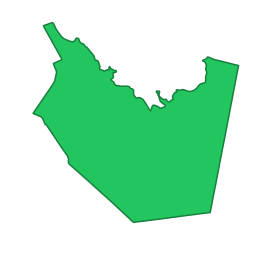 the border of Karakalpakstan, rotated 189°
{"feature_id": "UZB-356", "entity_name": "Karakalpakstan", "entity_type": "Automonous Region", "adm_level": 1, "iso_a3": "UZB", "parent_name": "Uzbekistan", "parent_adm1": "", "projection": "orthographic", "projection_center": [58.854, 43.272], "detail": "fine", "context": "isolated", "style": "filled", "palette": "green", "viewbox_px": 256, "rotation_deg": 189, "n_neighbors": 0, "source": "natural_earth", "source_scale": "10m", "svg_char_len": 4044}
<svg xmlns="http://www.w3.org/2000/svg" viewBox="0 0 256 256"><g transform="rotate(189 128 128)"><path d="M122.3,45.4L124.2,46.7L129.1,50.0L134.5,53.6L140.2,57.3L146.1,61.1L151.9,64.9L157.6,68.6L162.9,72.0L167.9,75.2L172.1,77.9L175.7,80.1L178.3,81.8L180.1,82.9L180.9,83.8L181.4,84.8L181.7,85.8L181.9,87.9L182.2,88.9L184.0,91.6L187.5,95.1L189.1,96.8L190.8,98.5L192.9,100.8L194.7,102.7L196.4,104.6L198.2,106.5L199.9,108.4L201.6,110.3L203.4,112.1L205.1,114.0L206.8,115.8L209.1,118.3L209.7,118.5L210.3,118.8L210.4,118.7L213.8,124.0L215.3,125.4L223.4,127.3L223.9,127.5L223.9,127.9L223.7,128.4L216.3,144.0L209.2,159.1L207.7,163.1L207.3,171.5L207.3,172.0L207.4,172.4L211.1,178.7L211.7,179.9L211.6,180.1L211.2,180.5L204.9,184.5L204.2,185.0L204.3,185.6L204.5,186.1L218.2,203.6L227.4,215.4L227.4,215.9L220.6,219.6L219.0,220.2L218.6,220.0L218.1,219.8L218.0,219.7L214.1,214.0L208.7,208.4L206.9,207.1L205.4,206.3L203.9,205.7L198.1,204.5L196.4,204.5L195.8,204.7L195.3,205.0L194.8,205.4L194.3,206.0L193.2,208.3L192.7,208.8L191.9,208.9L191.2,208.6L190.5,208.3L190.1,207.1L189.7,206.5L188.0,204.7L187.4,204.4L185.6,204.1L184.9,203.9L184.0,203.0L182.9,201.8L182.5,201.6L182.1,201.4L181.3,201.3L174.0,194.9L172.9,193.8L172.1,192.4L171.6,190.9L171.2,190.2L170.7,189.9L169.3,189.9L168.6,189.8L168.1,189.4L167.7,188.9L166.8,187.4L166.4,186.3L165.6,185.1L165.3,184.5L165.3,182.6L165.2,181.8L164.8,181.4L163.3,181.3L161.7,180.9L161.4,180.8L160.7,180.3L160.3,180.4L160.1,180.5L159.5,181.0L158.0,182.1L157.4,182.4L156.5,182.4L156.1,182.5L155.9,182.7L155.8,182.9L155.8,183.1L155.9,183.3L156.2,183.9L156.3,184.4L156.0,185.3L155.6,185.7L154.9,184.7L154.0,183.9L150.8,182.7L149.2,182.8L148.8,182.6L148.4,182.1L148.5,181.5L148.8,181.1L149.4,180.9L151.2,180.2L151.1,178.6L150.4,176.6L150.7,174.7L151.2,174.4L151.8,174.1L152.3,173.7L152.4,173.0L152.0,172.5L151.3,172.1L150.0,171.6L148.9,170.6L148.0,169.3L147.1,168.3L145.7,168.2L144.4,168.3L141.7,168.1L135.4,169.2L133.8,169.1L133.1,168.9L131.8,167.6L131.1,167.3L129.6,167.2L128.7,166.7L128.3,166.0L128.0,162.9L127.7,162.1L127.2,161.4L125.3,159.4L124.6,159.0L123.8,159.0L123.0,159.5L122.1,159.7L121.2,159.8L119.9,159.5L117.8,158.6L115.8,156.7L109.3,149.1L108.6,148.6L108.0,149.6L107.6,153.0L107.0,154.2L105.7,154.6L104.2,154.5L102.7,154.1L99.4,152.8L98.7,152.7L98.1,152.9L96.5,153.9L95.4,154.3L94.9,154.8L94.6,155.4L94.7,156.1L95.3,156.6L99.0,158.5L100.1,159.3L101.0,160.7L101.8,162.6L104.0,166.3L105.2,167.7L105.6,168.0L105.7,168.4L105.6,168.7L105.2,169.0L103.3,169.3L102.8,169.1L102.4,168.6L102.4,167.9L102.6,167.2L102.7,166.5L102.4,165.0L101.7,164.0L100.6,163.2L97.7,161.8L97.0,161.7L96.5,161.8L95.4,162.2L94.9,162.3L94.4,162.0L93.7,160.9L93.3,160.5L92.7,160.3L92.0,160.3L91.4,160.4L90.8,160.6L90.5,161.1L90.2,161.5L89.4,162.4L88.6,162.8L88.1,163.2L88.3,164.3L88.9,165.7L88.9,166.3L88.7,167.2L87.4,170.1L87.0,170.5L85.8,170.9L85.6,171.4L85.8,172.1L86.2,172.5L86.2,172.9L85.6,173.4L85.0,173.5L82.9,173.4L82.3,173.5L80.7,174.3L79.3,174.6L75.0,173.8L72.1,173.8L69.2,175.2L66.7,177.5L65.0,180.6L63.9,182.3L62.6,183.2L59.6,184.5L58.8,185.7L58.7,187.3L59.3,190.5L59.2,192.0L58.9,193.3L58.9,194.6L59.4,196.1L60.0,197.2L60.4,198.3L60.5,199.5L60.4,200.9L60.5,202.0L60.9,203.2L61.5,204.2L62.1,205.0L62.6,205.3L63.0,205.5L64.5,205.9L64.8,206.1L64.7,206.4L64.4,206.8L63.7,207.3L62.3,207.9L61.6,208.6L60.7,210.3L60.1,210.7L56.3,209.8L53.4,209.1L46.6,208.6L45.5,208.5L39.2,207.9L33.5,207.4L28.6,207.0L28.9,197.7L29.2,188.3L29.5,179.0L29.8,169.6L30.1,160.3L30.4,150.9L30.7,141.6L31.0,132.2L31.4,122.9L31.7,113.5L32.0,104.2L32.3,94.8L32.6,85.5L33.0,76.2L33.3,66.8L33.6,57.5L33.6,57.4L36.4,56.6L39.1,55.8L41.9,55.0L44.6,54.2L47.3,53.4L50.0,52.6L52.8,51.8L54.9,51.2L55.5,51.0L58.2,50.2L60.9,49.4L63.6,48.6L66.3,47.8L69.0,47.0L71.7,46.2L74.4,45.4L77.1,44.6L80.7,43.5L84.3,42.5L87.9,41.4L91.5,40.4L93.2,39.9L94.8,39.4L96.5,38.9L98.1,38.4L99.9,38.0L101.6,37.5L103.3,37.0L105.0,36.5L107.3,35.8L108.0,35.9L108.8,36.2L111.0,37.7L111.6,38.2L113.4,39.4L116.2,41.3L119.8,43.7L122.3,45.4Z" fill="#22c55e" stroke="#15803d" stroke-width="1.5"/></g></svg>